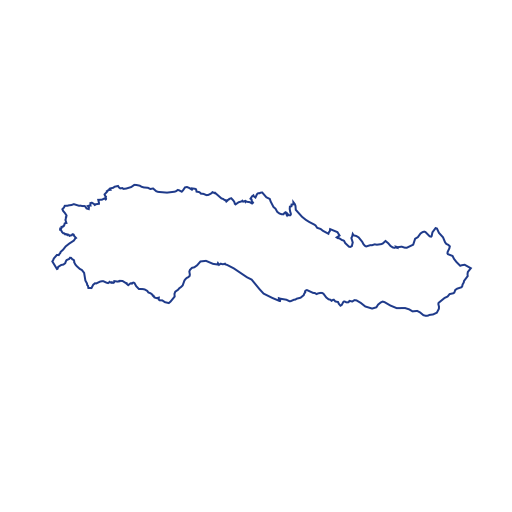 outline of Cernesti, Maramures, Romania, rotated 58°
{"feature_id": "2599482B23598129947364", "entity_name": "Cernesti", "entity_type": "district", "adm_level": 2, "iso_a3": "ROU", "parent_name": "Romania", "parent_adm1": "Maramures", "projection": "robinson", "projection_center": [23.78, 47.557], "detail": "fine", "context": "isolated", "style": "outline", "palette": "blue", "viewbox_px": 512, "rotation_deg": 58, "n_neighbors": 0, "source": "geoboundaries", "source_scale": "gbopen_adm2", "svg_char_len": 6133}
<svg xmlns="http://www.w3.org/2000/svg" viewBox="0 0 512 512"><g transform="rotate(58 256 256)"><path d="M312.2,251.5L312.7,250.5L313.2,247.0L313.8,245.7L313.8,244.0L315.0,240.3L314.5,236.3L313.4,234.9L312.9,233.5L312.2,233.3L311.7,232.6L311.7,231.3L312.1,230.7L317.6,227.1L318.5,225.8L320.4,224.8L320.6,223.2L321.4,221.0L322.4,219.5L323.7,218.8L328.4,218.4L331.2,217.4L332.6,216.0L334.0,215.7L334.0,213.9L334.3,213.2L336.6,212.8L338.5,210.8L340.3,211.1L342.9,210.7L342.9,209.2L341.3,206.4L341.2,205.5L341.6,204.9L343.1,204.0L344.1,202.5L344.2,201.9L343.6,200.5L345.6,198.5L345.6,195.9L346.9,194.3L351.3,192.0L356.7,190.1L362.1,185.4L363.3,181.1L361.9,178.2L361.5,174.8L361.8,172.7L363.3,171.4L369.2,168.3L374.8,164.3L379.1,157.2L382.4,154.4L385.9,152.6L388.0,148.4L390.7,146.8L394.9,145.4L396.8,143.6L397.7,141.8L397.9,140.1L399.4,136.8L399.9,132.7L397.7,128.9L396.0,127.7L393.3,126.8L392.5,126.0L391.5,118.3L391.9,115.0L390.9,112.0L392.2,108.3L392.1,107.2L390.4,105.0L390.3,102.7L391.4,98.3L390.9,97.1L389.7,96.0L388.5,93.8L387.4,92.8L385.2,87.1L383.4,86.2L381.8,84.8L380.2,80.3L374.0,83.7L372.9,86.3L372.5,88.0L367.3,89.2L363.4,89.6L360.1,89.3L356.1,92.3L355.1,92.2L354.0,91.2L352.0,88.0L350.5,86.5L348.5,87.0L346.6,88.2L344.6,88.4L339.3,87.5L333.3,88.6L328.6,88.0L327.5,88.9L329.4,93.8L332.2,96.5L332.4,97.3L331.3,98.3L325.5,99.6L324.5,100.4L324.0,102.1L324.1,104.6L325.8,108.8L325.7,111.9L329.7,116.7L328.9,123.8L327.7,125.5L325.3,127.5L323.6,131.2L322.6,132.1L323.7,132.1L322.6,133.2L322.4,134.3L321.2,135.5L318.8,136.6L315.3,137.1L311.9,138.2L312.6,141.9L312.3,143.5L310.5,147.5L309.0,149.2L308.3,152.0L307.4,153.3L306.3,157.5L305.2,158.2L303.1,158.6L300.2,158.4L294.6,159.1L292.1,160.4L290.2,162.3L288.6,162.3L290.4,164.1L291.3,165.6L295.8,166.8L298.4,169.5L298.3,171.2L297.4,172.2L292.3,173.5L289.9,173.3L289.2,173.6L288.1,174.6L285.1,176.0L284.3,177.1L283.0,177.7L282.9,174.3L278.9,174.3L272.5,178.9L274.1,180.3L274.5,181.6L275.5,182.8L270.1,185.9L267.3,186.9L264.5,189.2L261.7,189.3L260.3,189.9L255.4,192.8L251.7,194.6L247.1,196.2L237.9,197.8L234.5,196.0L232.7,195.6L230.2,195.8L231.6,196.6L231.9,197.4L231.2,198.6L232.6,199.6L232.1,201.1L234.0,202.5L236.5,203.5L238.5,204.0L239.3,204.5L239.6,205.4L238.3,207.3L237.3,206.6L238.1,208.2L237.6,208.2L237.1,206.9L236.0,207.1L235.8,207.6L236.1,208.0L235.5,208.0L235.0,207.5L234.6,207.8L235.0,208.4L234.6,208.8L234.7,209.5L235.2,210.6L234.2,212.1L232.4,213.6L229.8,214.6L226.2,214.4L223.7,215.2L217.6,214.7L214.9,214.1L211.7,216.1L205.4,217.1L204.8,218.4L204.6,219.9L204.3,220.1L203.9,221.2L204.1,222.4L206.1,225.5L204.0,226.3L203.2,226.1L203.3,227.7L204.5,230.3L205.7,229.8L206.9,230.4L209.2,230.3L209.4,231.5L207.0,232.8L205.1,235.1L204.0,235.6L204.4,236.3L203.5,236.3L203.1,238.1L201.9,238.3L202.1,239.1L201.2,242.3L201.4,246.0L200.5,246.3L199.1,245.8L197.0,245.8L193.9,246.4L193.4,248.4L193.7,248.9L193.5,250.7L193.9,250.9L194.1,252.3L192.5,252.2L192.1,252.9L190.3,253.6L188.8,254.8L180.8,257.2L181.0,257.6L178.8,259.1L179.2,260.3L179.1,262.6L178.9,264.2L178.1,265.8L175.5,267.6L173.9,269.7L172.8,269.8L171.6,270.4L169.9,272.3L167.7,271.5L166.7,272.1L164.8,274.4L165.5,274.6L165.8,275.2L162.7,276.7L160.9,278.0L160.2,279.9L161.6,283.0L162.1,284.9L159.4,286.5L158.5,287.4L158.7,289.2L158.4,290.8L155.1,297.9L149.7,305.1L148.2,306.3L144.2,307.5L143.2,310.1L140.9,311.5L138.4,314.8L136.6,316.4L134.8,317.3L132.4,319.8L131.2,321.5L131.4,325.3L130.0,330.4L128.8,332.9L127.6,333.3L126.7,335.3L125.1,335.9L123.5,335.9L122.3,339.3L122.5,340.8L121.4,344.0L121.4,344.4L122.7,344.4L121.9,346.2L122.0,348.0L122.5,348.0L123.5,351.8L124.9,352.1L126.2,351.8L127.3,352.9L128.0,352.8L128.3,353.1L128.4,353.5L126.9,353.9L126.6,356.8L124.8,360.0L127.7,361.0L128.5,361.5L127.1,364.7L127.3,364.8L127.3,365.7L125.9,365.9L123.8,367.0L123.4,368.4L125.5,369.6L125.1,370.0L124.5,372.1L126.2,371.9L127.6,373.0L125.9,374.5L123.4,374.6L122.8,374.9L121.7,376.7L120.1,378.4L119.7,379.4L115.5,383.0L115.0,385.4L113.7,388.3L113.6,389.0L112.1,391.6L113.1,393.1L113.7,395.4L115.6,395.7L118.1,395.3L121.2,395.2L122.4,396.3L122.3,396.6L123.8,397.7L124.4,398.5L127.5,399.3L127.1,400.2L127.0,401.0L128.2,402.2L128.4,403.3L128.8,403.4L128.8,404.5L128.2,405.5L129.4,406.4L129.5,406.9L129.0,407.5L129.9,408.2L130.4,407.6L132.9,407.8L134.6,407.4L135.2,406.6L136.5,406.4L136.7,406.0L136.6,405.6L137.1,405.2L138.2,404.9L138.0,404.2L138.8,403.6L140.1,403.5L140.4,402.0L140.8,401.3L140.3,400.1L140.8,399.5L141.3,399.3L142.6,399.6L145.3,399.1L145.3,399.9L146.4,402.3L146.5,407.7L147.0,412.3L148.4,416.2L149.0,419.5L149.9,420.6L149.9,421.2L150.7,422.8L149.6,424.3L151.0,428.9L151.8,429.8L152.7,431.6L161.6,431.7L161.7,431.1L160.4,429.5L160.4,425.9L161.2,423.9L161.0,421.6L159.7,420.0L159.1,418.8L159.5,415.9L158.9,414.7L159.6,413.8L161.5,413.5L162.7,412.7L164.1,412.9L164.9,413.5L167.5,413.7L169.6,413.4L173.5,412.3L175.6,411.1L179.2,410.7L186.4,413.7L189.8,413.9L191.1,414.5L192.3,414.3L194.3,415.1L196.0,412.5L194.1,409.3L193.8,407.0L194.6,406.1L195.1,401.7L195.8,399.9L196.5,398.8L199.3,397.0L200.6,395.8L200.6,394.5L200.3,393.9L202.1,392.9L202.2,392.6L201.8,392.6L201.8,392.1L203.1,391.5L203.2,390.4L202.2,389.5L204.4,386.9L205.0,385.5L204.7,385.4L204.8,384.8L206.5,382.4L209.6,380.9L210.4,380.2L210.7,380.5L213.0,379.8L212.7,377.0L212.9,376.3L213.7,375.9L213.4,374.8L213.7,373.9L214.6,373.4L218.1,373.6L221.9,372.8L224.0,369.6L225.4,368.1L228.0,366.7L229.9,366.6L231.7,365.2L234.0,364.3L234.7,364.6L235.9,364.3L235.9,364.0L237.3,364.1L239.1,362.6L239.8,360.5L241.2,361.6L242.5,361.2L244.0,359.0L246.9,357.7L249.7,354.9L249.4,352.7L247.3,346.5L244.9,345.2L243.5,343.4L243.3,339.9L242.7,338.2L242.6,336.2L242.1,333.8L238.8,329.6L238.1,327.6L237.9,326.1L238.1,324.6L237.7,322.8L236.6,321.9L233.9,320.8L232.8,319.4L232.1,316.6L232.9,314.3L232.7,310.9L231.2,306.0L233.6,301.0L239.9,296.6L242.7,293.3L241.9,292.1L243.9,292.1L243.8,290.0L245.2,288.8L245.9,287.4L246.1,286.4L246.9,286.4L248.3,285.2L254.7,281.4L269.3,274.9L273.7,272.2L286.0,270.6L291.9,269.5L300.2,264.4L306.6,259.9L306.9,259.5L306.3,258.9L305.2,259.8L303.9,259.0L305.0,258.1L309.2,253.4L312.2,251.5Z" fill="none" stroke="#1e3a8a" stroke-width="2"/></g></svg>